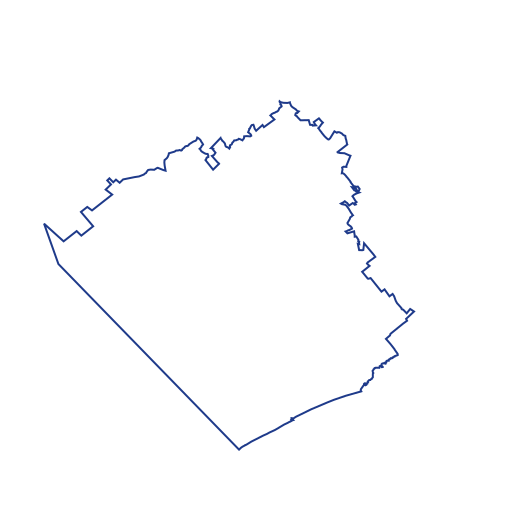 the district of Tizimín, Yucatán, Mexico, rotated 136°
{"feature_id": "50627088B55202518937979", "entity_name": "Tizimín", "entity_type": "district", "adm_level": 2, "iso_a3": "MEX", "parent_name": "Mexico", "parent_adm1": "Yucatán", "projection": "equal_earth", "projection_center": [-87.983, 21.249], "detail": "fine", "context": "isolated", "style": "outline", "palette": "blue", "viewbox_px": 512, "rotation_deg": 136, "n_neighbors": 0, "source": "geoboundaries", "source_scale": "gbopen_adm2", "svg_char_len": 5995}
<svg xmlns="http://www.w3.org/2000/svg" viewBox="0 0 512 512"><g transform="rotate(136 256 256)"><path d="M402.7,128.5L399.9,128.5L398.1,128.2L395.0,127.3L394.9,127.4L394.2,127.0L388.2,125.7L375.5,121.8L371.7,120.4L369.0,119.7L363.3,117.7L359.4,116.7L358.8,116.6L352.8,115.2L349.3,114.0L347.0,113.4L346.5,113.1L344.9,112.7L344.8,113.0L343.2,112.1L343.2,113.5L344.0,113.7L344.0,114.1L342.9,114.0L342.8,114.4L342.7,114.3L342.7,113.7L342.9,113.4L343.0,113.2L342.6,113.2L342.5,113.3L338.9,112.6L322.8,107.4L306.4,101.1L299.8,98.4L288.5,93.1L274.3,85.5L274.0,86.6L273.1,87.3L269.1,88.1L267.6,88.2L267.1,87.0L266.3,86.8L266.2,87.1L266.3,87.0L266.5,87.2L266.9,87.7L267.2,87.8L267.1,88.1L267.3,88.1L267.3,88.4L267.6,88.5L267.3,88.9L266.9,89.0L266.2,88.9L265.7,88.3L265.6,87.8L266.0,87.4L265.9,87.2L265.5,87.3L265.3,87.2L265.3,87.5L265.2,87.2L264.8,87.1L264.2,87.4L263.4,87.2L263.3,87.7L262.8,88.1L261.9,88.0L261.2,88.2L260.6,88.0L259.9,87.4L258.9,87.5L258.0,87.2L257.8,87.4L256.2,87.6L253.8,90.1L252.9,90.3L252.7,91.2L251.9,92.4L250.4,92.6L250.1,92.8L249.9,92.7L249.0,92.9L248.6,92.7L248.4,92.9L247.5,92.5L244.9,89.9L244.2,90.2L243.6,90.8L243.1,90.7L242.6,90.2L242.3,89.5L242.2,89.0L242.6,88.6L242.0,88.1L241.8,88.3L241.9,89.1L241.6,90.2L241.0,90.9L240.1,91.0L239.4,90.7L238.6,89.9L238.4,89.9L238.0,89.4L237.9,89.2L237.8,89.4L238.1,89.4L238.4,90.1L237.8,90.0L236.7,89.0L236.4,89.4L235.9,89.5L235.8,89.3L235.2,89.8L234.8,89.8L234.0,89.3L233.9,89.0L233.5,88.7L233.4,89.0L232.7,89.2L232.3,88.9L231.7,89.1L231.3,88.7L230.7,88.9L230.1,88.9L229.7,88.2L229.0,87.9L228.8,87.8L228.5,88.2L228.1,88.2L227.3,87.7L226.8,87.7L226.3,87.4L226.1,87.6L225.8,87.4L225.4,87.5L224.7,87.1L223.9,86.6L223.5,86.6L222.8,86.3L222.1,87.2L221.3,92.4L221.1,92.8L220.4,99.6L220.1,106.1L214.8,105.8L213.3,106.6L197.2,105.2L192.3,104.5L191.7,106.5L180.9,106.3L181.9,110.8L187.4,110.1L187.4,115.1L188.0,116.1L188.0,116.9L187.6,117.3L187.6,118.1L187.5,118.6L187.3,124.1L186.6,126.7L184.6,131.1L184.1,133.8L188.0,134.3L186.7,142.7L190.5,143.2L188.9,160.5L190.9,161.5L191.3,162.1L190.6,170.9L181.2,170.0L181.4,171.5L181.4,173.5L180.1,173.8L170.8,172.5L170.4,175.7L169.4,190.1L174.6,185.8L175.4,186.2L177.7,188.6L174.3,194.0L173.5,192.8L172.7,194.0L171.8,194.6L172.3,195.5L171.1,196.5L170.3,200.4L171.6,201.3L170.8,202.2L170.4,202.5L169.9,203.4L168.3,205.6L174.5,208.8L174.5,211.4L173.3,210.8L171.7,210.4L171.0,209.9L167.9,209.0L167.4,210.0L167.3,211.8L167.6,212.9L167.8,214.8L167.7,215.4L167.3,216.2L162.8,217.5L161.4,218.3L161.0,218.3L159.6,218.0L158.5,218.2L158.0,218.0L157.5,221.4L156.5,225.5L156.0,229.4L156.1,230.2L156.4,231.1L158.2,233.6L158.5,234.7L155.8,233.9L154.1,233.7L153.9,231.9L153.6,231.0L153.9,227.6L149.6,226.9L149.4,225.9L149.4,224.3L148.4,223.8L148.2,225.4L146.2,225.0L146.2,226.6L145.3,230.6L145.1,232.0L143.8,232.0L142.7,231.9L140.1,231.1L137.7,230.0L138.6,232.2L138.6,232.8L139.2,233.1L139.1,233.9L139.7,235.0L139.2,238.8L138.4,237.7L137.3,235.0L137.4,234.1L137.9,233.1L137.5,231.2L134.9,232.2L134.5,235.2L136.1,236.4L136.5,237.5L136.8,237.6L136.9,237.4L137.5,237.8L137.2,238.9L136.8,242.8L136.7,243.5L136.4,243.7L136.1,246.3L135.8,249.3L135.9,250.0L135.7,250.7L135.6,253.1L135.8,254.7L136.4,255.6L136.8,255.9L133.6,258.2L132.6,259.8L131.0,259.4L129.1,257.3L128.3,258.1L118.4,262.5L118.9,263.4L121.0,268.5L124.1,271.8L125.3,273.8L125.2,274.1L112.9,272.8L112.8,273.2L110.5,276.8L109.8,278.3L108.3,280.4L109.1,282.1L109.2,283.0L109.1,284.2L109.9,286.8L111.0,288.2L112.2,288.5L113.0,291.2L120.9,289.2L122.5,289.2L122.8,289.3L123.1,289.7L123.4,291.6L123.5,294.5L123.1,299.2L123.0,299.7L122.9,299.8L122.8,301.9L122.4,303.7L122.4,304.7L120.1,304.8L117.8,305.3L115.2,305.5L115.3,306.8L115.3,308.7L115.1,310.8L115.1,311.3L121.4,312.2L122.0,310.0L122.1,308.3L124.6,310.4L124.3,311.1L126.0,312.8L123.7,317.1L129.7,322.7L129.7,327.2L129.5,328.0L129.8,329.0L129.9,330.1L128.3,331.0L127.7,330.8L127.1,330.2L124.8,330.3L125.6,331.8L125.5,333.8L126.4,337.8L126.4,339.6L125.3,342.5L124.9,343.0L127.0,344.2L129.9,347.2L131.5,349.7L131.6,350.8L131.9,350.6L132.2,348.8L133.2,348.1L133.0,347.1L133.3,346.4L133.7,345.8L136.8,346.1L137.6,345.6L139.1,345.1L140.8,345.3L141.1,345.6L143.2,346.1L143.8,346.5L145.4,347.0L146.3,347.2L147.4,347.0L148.0,347.1L147.9,341.4L160.8,343.2L160.3,345.7L168.9,346.0L168.5,348.5L167.0,351.4L166.7,352.2L168.1,353.1L169.5,352.9L171.6,352.1L172.5,352.2L172.7,351.8L175.7,350.5L175.3,347.5L175.6,346.2L175.9,345.8L177.1,346.1L179.3,348.6L181.4,350.3L182.3,349.5L183.2,348.9L184.3,348.9L185.4,348.6L186.3,351.1L187.0,352.3L187.9,352.2L189.3,352.9L189.9,353.0L191.4,354.3L193.0,353.9L194.3,354.0L195.2,353.4L196.2,353.2L197.8,353.7L198.6,353.1L198.9,352.3L200.6,351.8L200.7,353.2L200.9,354.0L201.5,355.0L201.6,355.8L201.4,356.5L200.2,358.6L200.0,361.3L200.2,362.2L199.8,364.1L199.8,364.9L199.5,365.5L213.5,364.9L212.4,363.4L212.3,362.8L213.0,362.9L213.4,358.4L215.4,358.0L216.4,357.9L218.2,358.6L218.6,350.1L218.4,348.9L218.5,348.0L226.9,347.9L225.7,360.1L224.8,360.1L224.0,360.7L223.4,360.7L223.1,361.0L222.8,361.0L221.6,360.3L220.6,361.3L219.9,363.0L220.5,363.6L221.0,364.2L221.7,365.7L222.0,367.2L222.3,367.7L222.5,369.7L222.0,371.8L222.1,372.3L220.0,372.3L218.8,372.8L216.6,373.0L216.2,374.5L215.9,376.5L215.5,377.6L215.4,378.5L215.6,380.8L216.0,382.0L217.8,381.0L219.3,380.8L221.5,381.8L223.9,382.3L226.5,382.8L227.9,382.5L229.3,383.0L229.7,383.5L231.1,384.0L232.2,383.8L234.9,384.0L235.7,383.6L236.4,383.7L237.0,384.4L237.2,385.2L238.7,386.0L240.3,387.4L241.4,387.5L242.4,387.8L247.3,390.4L248.6,389.5L250.7,388.6L252.3,388.3L255.2,388.5L257.0,386.9L258.9,384.5L261.8,380.2L263.0,382.3L265.4,387.7L266.3,388.1L269.3,388.7L271.8,391.4L273.8,392.8L275.8,392.6L277.4,392.1L278.8,392.5L280.1,392.5L284.9,394.5L288.4,397.0L298.4,403.4L303.2,403.4L303.7,408.2L307.5,408.2L307.5,413.7L310.5,413.7L310.6,408.2L318.0,408.2L316.8,400.1L342.3,402.7L343.3,408.5L351.3,409.3L352.5,390.5L367.5,392.0L367.7,398.5L384.2,400.2L386.0,426.5L403.7,387.5L402.7,128.5Z" fill="none" stroke="#1e3a8a" stroke-width="2"/></g></svg>